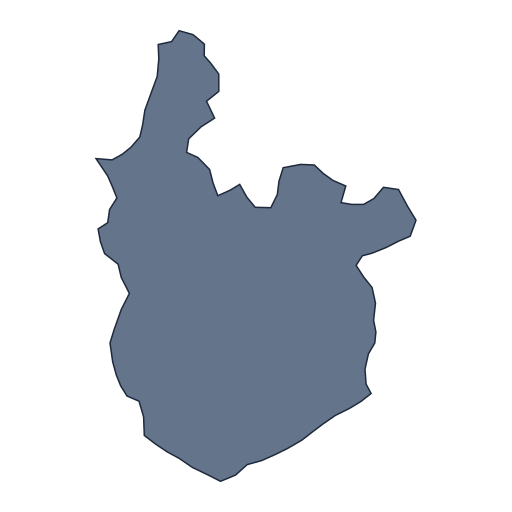 the district of São Joaquim de Bicas, Minas Gerais, Brazil
{"feature_id": "56859067B78639021330864", "entity_name": "São Joaquim de Bicas", "entity_type": "district", "adm_level": 2, "iso_a3": "BRA", "parent_name": "Brazil", "parent_adm1": "Minas Gerais", "projection": "orthographic", "projection_center": [-44.248, -20.062], "detail": "fine", "context": "isolated", "style": "filled", "palette": "slate", "viewbox_px": 512, "rotation_deg": 0, "n_neighbors": 0, "source": "geoboundaries", "source_scale": "gbopen_adm2", "svg_char_len": 1365}
<svg xmlns="http://www.w3.org/2000/svg" viewBox="0 0 512 512"><path d="M158.2,44.5L158.8,59.0L157.2,76.5L151.7,91.4L144.9,110.1L142.6,125.0L139.8,137.0L130.9,147.3L122.3,154.2L112.1,159.9L96.0,158.6L107.7,176.0L112.1,186.0L116.9,198.0L109.6,209.5L107.7,222.7L98.1,228.9L100.4,241.6L104.6,253.6L118.1,264.2L121.3,277.6L129.4,293.4L121.3,309.4L114.2,329.4L110.0,343.0L112.7,361.9L116.3,375.0L120.7,385.9L127.1,396.1L139.0,401.2L143.6,416.8L144.3,435.5L155.6,444.1L167.2,451.9L179.2,458.4L192.5,467.5L206.9,474.4L220.5,481.3L235.5,475.1L247.2,464.6L261.6,460.6L274.6,454.8L287.3,448.6L301.9,440.1L313.0,431.5L322.8,424.1L335.2,415.5L350.0,408.1L361.3,401.2L371.1,393.5L366.1,384.1L365.0,369.2L368.4,353.9L374.8,343.0L375.9,332.1L373.6,320.3L375.5,303.2L372.1,287.6L363.6,276.9L356.1,265.4L362.3,255.8L371.7,253.3L386.6,247.3L398.3,241.3L410.2,236.2L416.0,220.2L407.5,206.2L398.5,189.5L383.5,187.3L373.8,198.6L363.6,204.4L351.7,204.4L341.0,202.6L345.8,186.0L332.9,180.4L323.3,173.5L314.3,165.0L300.7,164.4L283.2,167.7L279.0,181.1L277.3,194.6L270.8,207.7L255.2,207.3L246.8,197.1L239.7,184.4L230.1,190.2L217.8,195.7L213.0,182.8L209.6,169.5L197.9,157.5L186.6,152.4L188.7,138.8L201.1,126.8L214.6,118.1L206.5,101.2L218.8,91.4L218.8,74.1L210.9,63.4L204.2,55.8L204.4,44.1L193.1,34.7L179.1,30.7L171.6,41.6L158.2,44.5Z" fill="#64748b" stroke="#1e293b" stroke-width="1.5"/></svg>